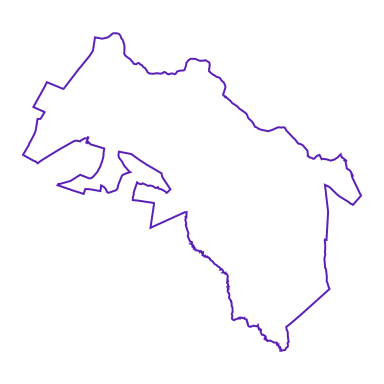 outline of Stejaru, Tulcea, Romania
{"feature_id": "2599482B28008731037476", "entity_name": "Stejaru", "entity_type": "district", "adm_level": 2, "iso_a3": "ROU", "parent_name": "Romania", "parent_adm1": "Tulcea", "projection": "natural_earth1", "projection_center": [28.523, 44.782], "detail": "fine", "context": "isolated", "style": "outline", "palette": "violet", "viewbox_px": 384, "rotation_deg": 0, "n_neighbors": 0, "source": "geoboundaries", "source_scale": "gbopen_adm2", "svg_char_len": 5963}
<svg xmlns="http://www.w3.org/2000/svg" viewBox="0 0 384 384"><path d="M37.7,163.3L40.6,161.0L47.9,156.4L58.4,150.0L73.3,141.5L75.9,140.5L80.1,141.4L80.4,140.8L84.5,138.3L87.1,138.5L87.7,137.3L88.3,137.4L86.3,142.6L87.7,143.2L88.4,142.1L89.4,142.9L90.4,144.3L104.3,148.5L103.6,152.6L103.4,156.6L102.1,161.4L100.0,167.1L97.2,172.1L93.2,176.7L91.3,178.1L89.3,178.4L80.2,174.8L70.4,181.0L60.0,183.9L58.4,184.0L58.4,184.4L57.6,185.2L72.7,190.4L83.7,193.9L85.3,189.0L89.6,189.2L100.3,191.1L100.7,189.1L101.1,185.4L104.0,187.0L105.8,189.2L107.1,192.0L108.0,192.6L108.9,192.7L115.5,190.4L116.7,189.6L117.6,188.3L117.7,187.3L118.5,184.2L121.9,175.8L122.4,175.2L125.5,173.6L130.3,172.1L128.7,170.9L126.3,168.0L124.6,166.4L121.9,161.4L118.9,157.5L118.4,155.0L119.0,151.7L131.2,154.0L139.8,160.2L146.3,164.4L161.5,173.3L162.4,177.2L170.4,189.3L167.0,192.7L166.4,192.9L165.8,191.9L164.0,190.7L161.0,189.2L158.7,188.6L157.9,187.1L156.8,188.0L155.3,187.8L152.5,186.0L150.0,185.5L148.3,185.9L142.6,183.3L141.6,184.1L140.6,184.2L138.2,183.3L137.1,182.4L133.8,192.2L133.6,195.1L132.8,197.4L132.8,200.1L138.1,200.6L153.9,203.0L153.9,204.8L150.5,227.8L184.6,212.3L186.6,212.1L186.4,216.3L185.8,216.7L186.3,217.0L186.3,217.7L185.9,217.7L185.4,219.1L185.5,220.6L186.2,223.3L186.2,224.3L185.9,224.3L185.8,225.4L188.5,233.6L187.7,236.0L190.0,241.5L191.5,241.8L192.1,242.5L191.5,243.5L190.8,243.8L192.5,244.6L192.3,245.1L192.5,245.8L193.3,245.9L193.2,246.3L192.5,246.4L192.4,246.7L192.8,247.0L193.7,246.4L194.1,247.3L194.5,247.6L193.9,248.8L195.3,249.1L195.2,249.8L195.4,250.1L196.5,250.5L197.8,250.4L198.8,250.8L199.6,251.3L199.8,252.0L200.2,251.7L200.3,251.1L200.7,251.0L201.2,251.7L201.6,251.6L202.0,252.1L203.1,252.2L203.1,252.8L202.6,253.3L202.2,252.9L201.9,252.9L201.9,253.3L203.0,254.2L203.0,254.7L202.6,255.2L204.1,256.1L205.0,255.8L205.0,256.6L205.8,256.6L206.4,257.1L206.8,257.1L207.0,256.6L207.4,256.6L208.1,257.4L209.1,257.8L209.3,258.5L210.3,259.1L210.3,259.8L212.7,261.5L214.5,264.0L216.4,265.0L218.2,266.7L219.4,267.2L220.3,268.5L221.0,268.8L220.5,269.6L221.9,269.5L222.6,270.0L223.4,271.9L222.7,272.5L224.9,272.8L224.7,273.3L224.9,273.5L225.5,273.1L225.5,273.7L226.6,273.9L227.7,275.6L227.6,276.4L227.9,277.2L227.5,277.9L227.3,279.2L227.8,280.0L227.4,280.5L228.0,281.5L227.1,282.1L227.0,282.7L228.2,284.0L228.0,285.7L228.7,286.6L227.4,286.9L227.7,288.0L228.6,289.1L227.8,289.8L227.7,291.6L228.4,292.3L228.5,293.0L229.1,293.4L229.4,295.6L229.0,297.7L230.2,299.8L231.2,300.9L231.0,301.6L231.6,302.9L231.7,306.0L232.5,307.5L232.6,311.8L232.4,312.8L231.9,313.5L231.8,314.7L232.4,315.8L232.3,316.7L231.9,317.7L232.4,319.4L234.1,320.2L234.8,319.5L236.6,319.2L237.4,318.5L239.5,318.5L239.2,317.8L239.5,317.6L240.6,317.8L240.9,317.5L243.2,318.2L244.4,317.8L244.7,318.2L244.6,318.7L245.0,319.0L246.0,319.5L246.7,319.5L247.0,321.4L247.5,322.4L247.3,323.0L247.9,323.8L247.9,325.0L248.7,326.3L250.3,326.8L253.6,325.7L256.6,326.3L257.1,326.2L257.9,325.2L258.3,327.2L258.8,328.0L258.6,328.7L259.1,329.6L259.6,329.6L260.3,329.2L261.1,329.9L260.6,331.5L261.6,334.5L262.2,334.9L263.1,334.7L265.7,336.4L265.8,337.6L265.0,337.8L265.3,338.4L264.7,339.1L265.6,339.6L265.5,339.0L266.0,339.0L267.3,340.2L267.5,341.0L270.2,340.6L274.3,342.6L276.8,342.6L277.2,343.3L277.0,344.0L277.8,344.2L277.1,344.7L277.2,345.1L278.5,345.4L278.7,346.5L279.9,346.8L280.3,347.8L279.9,348.1L280.7,348.5L280.8,349.0L280.4,349.4L280.3,350.0L280.2,350.7L280.5,350.8L284.9,350.0L285.4,349.6L286.0,348.1L287.7,346.8L287.9,346.3L287.8,344.4L287.5,343.1L288.5,342.1L288.6,341.8L287.8,336.1L287.8,333.0L287.6,331.6L286.7,329.7L286.2,327.0L290.9,323.3L302.8,313.0L329.5,289.0L328.6,286.8L327.3,282.5L326.7,281.4L326.8,276.6L326.0,269.3L325.1,267.8L324.4,258.2L325.3,254.6L324.9,251.3L325.2,250.0L325.2,242.9L324.7,240.9L324.9,239.6L326.5,240.0L328.1,211.9L325.0,184.9L329.6,187.1L337.1,194.5L339.8,196.6L349.0,202.2L349.9,203.3L352.0,204.1L352.6,204.8L353.0,204.8L361.0,195.7L352.4,177.7L351.7,174.9L352.4,175.1L350.6,171.4L349.3,169.9L347.8,169.3L346.6,168.1L346.5,166.0L345.8,163.6L345.9,161.9L344.7,160.7L345.8,160.3L344.0,158.8L341.7,157.3L341.6,156.3L340.6,155.4L340.6,154.5L339.2,155.7L338.0,157.2L335.8,158.5L335.1,159.3L331.3,160.5L330.4,160.5L326.6,159.3L321.7,158.8L321.5,159.0L319.5,154.9L316.8,156.0L314.1,158.7L313.3,158.8L311.5,157.8L309.3,157.3L309.0,156.6L307.7,156.0L307.9,155.0L307.4,150.6L302.7,145.2L300.8,144.2L298.0,143.4L294.8,139.0L293.4,138.0L286.3,130.4L284.6,127.5L283.0,127.3L280.9,127.6L279.2,127.3L277.6,127.5L272.7,129.7L268.4,131.2L261.7,129.9L258.6,128.8L257.4,127.8L254.9,126.7L253.0,122.9L250.9,120.5L248.9,118.8L248.1,117.7L247.0,114.7L245.9,113.2L238.9,108.3L238.1,107.1L235.9,105.4L232.4,103.2L230.6,101.1L227.5,98.3L226.0,97.5L226.0,96.8L225.6,96.6L224.9,96.9L224.1,95.7L223.3,95.1L223.2,93.8L223.7,93.0L225.4,87.5L225.2,85.2L224.5,84.4L224.4,83.5L223.7,82.4L221.7,80.7L219.7,77.8L215.9,76.5L214.4,75.2L212.7,74.5L209.1,71.3L209.1,68.6L209.4,68.0L209.7,64.5L209.2,62.5L208.6,62.0L205.4,60.2L203.6,60.7L201.8,60.6L200.4,60.9L198.1,60.2L195.6,58.9L191.1,58.8L190.3,59.1L188.4,60.3L186.5,62.6L186.0,65.6L184.5,70.0L183.6,70.4L179.8,70.7L178.0,71.2L176.9,71.8L175.8,73.6L175.1,74.1L174.5,74.2L173.3,73.6L171.1,73.5L168.2,74.4L165.1,72.2L164.2,72.0L163.4,72.4L163.0,73.0L160.7,73.7L156.7,73.2L153.2,73.8L149.3,73.5L148.9,73.0L147.4,72.1L146.8,70.6L145.2,68.2L143.1,66.8L141.9,65.2L140.4,64.5L138.8,63.0L137.6,63.2L136.3,64.2L134.2,64.0L129.9,58.9L126.7,56.8L124.8,55.0L124.1,53.0L124.4,51.6L124.5,46.6L124.0,43.6L123.4,42.4L123.2,41.1L122.5,39.6L121.4,38.5L120.8,36.4L119.5,34.5L118.8,33.8L116.6,33.3L113.9,33.2L112.7,33.5L109.5,36.3L107.8,37.4L102.3,38.7L95.0,37.4L93.0,50.3L92.3,51.8L89.3,56.3L78.2,69.8L63.8,88.6L63.2,88.9L46.9,82.2L44.7,86.6L33.4,107.0L44.4,112.0L44.2,112.4L44.4,112.5L40.6,118.8L39.7,119.0L37.8,118.8L37.5,119.1L35.7,130.5L34.2,134.4L30.0,142.3L29.4,143.0L28.7,145.2L23.0,154.9L33.7,160.8L35.7,161.5L37.7,163.3Z" fill="none" stroke="#5b21b6" stroke-width="2"/></svg>